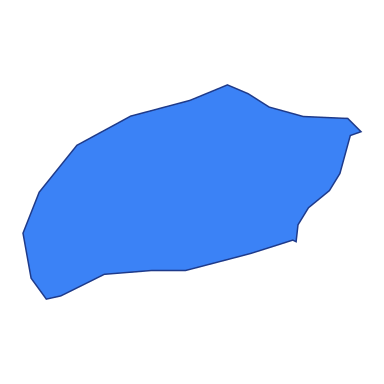 Malmö, Skåne, Sweden
{"feature_id": "70781695B15028769687560", "entity_name": "Malmö", "entity_type": "district", "adm_level": 2, "iso_a3": "SWE", "parent_name": "Sweden", "parent_adm1": "Skåne", "projection": "natural_earth1", "projection_center": [13.073, 55.586], "detail": "fine", "context": "isolated", "style": "filled", "palette": "blue", "viewbox_px": 384, "rotation_deg": 0, "n_neighbors": 0, "source": "geoboundaries", "source_scale": "gbopen_adm2", "svg_char_len": 448}
<svg xmlns="http://www.w3.org/2000/svg" viewBox="0 0 384 384"><path d="M296.1,241.7L298.0,224.8L308.5,207.7L329.4,190.6L339.9,173.5L350.3,135.5L361.0,131.7L347.7,118.4L343.5,118.3L303.2,116.5L269.2,107.1L248.3,93.8L227.4,84.9L189.9,100.4L130.7,116.1L76.9,145.3L39.2,192.2L23.0,233.2L31.1,278.2L46.3,299.1L60.8,295.9L104.3,274.3L151.4,270.5L185.5,270.5L250.9,253.4L292.8,240.1L296.1,241.7Z" fill="#3b82f6" stroke="#1e3a8a" stroke-width="1.5"/></svg>